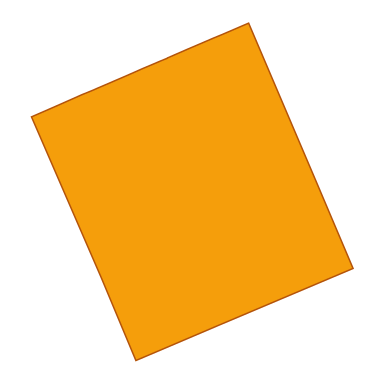 Seward, Kansas, United States of America, rotated 157°
{"feature_id": "52423323B8139899408087", "entity_name": "Seward", "entity_type": "district", "adm_level": 2, "iso_a3": "USA", "parent_name": "United States of America", "parent_adm1": "Kansas", "projection": "albers", "projection_center": [-100.862, 37.193], "detail": "fine", "context": "isolated", "style": "filled", "palette": "amber", "viewbox_px": 384, "rotation_deg": 157, "n_neighbors": 0, "source": "geoboundaries", "source_scale": "gbopen_adm2", "svg_char_len": 449}
<svg xmlns="http://www.w3.org/2000/svg" viewBox="0 0 384 384"><g transform="rotate(157 192 192)"><path d="M73.6,58.7L73.6,148.1L73.9,325.3L80.9,325.3L103.3,325.2L112.1,325.3L139.9,325.2L140.0,325.2L162.3,325.0L162.5,324.8L169.4,324.9L189.0,324.9L211.6,324.6L216.1,324.6L238.3,324.5L242.9,324.4L255.2,324.6L287.4,324.1L310.4,323.9L309.0,148.1L309.5,58.8L299.2,58.8L220.2,58.9L73.6,58.7Z" fill="#f59e0b" stroke="#b45309" stroke-width="1.5"/></g></svg>